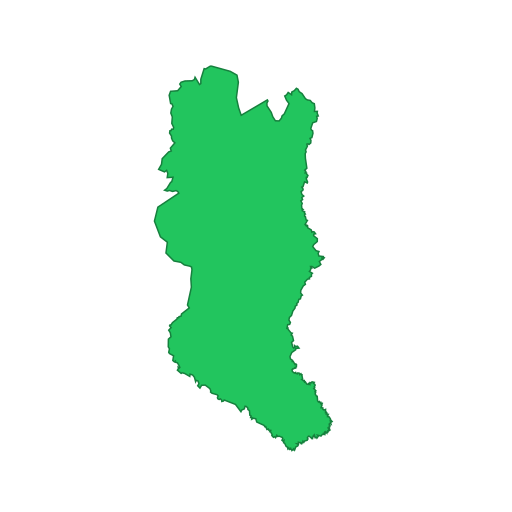 Asante Akim South, Ashanti, Ghana, rotated 332°
{"feature_id": "2480657B39079904074923", "entity_name": "Asante Akim South", "entity_type": "district", "adm_level": 2, "iso_a3": "GHA", "parent_name": "Ghana", "parent_adm1": "Ashanti", "projection": "robinson", "projection_center": [-1.081, 6.462], "detail": "fine", "context": "isolated", "style": "filled", "palette": "green", "viewbox_px": 512, "rotation_deg": 332, "n_neighbors": 0, "source": "geoboundaries", "source_scale": "gbopen_adm2", "svg_char_len": 6144}
<svg xmlns="http://www.w3.org/2000/svg" viewBox="0 0 512 512"><g transform="rotate(332 256 256)"><path d="M339.3,123.5L309.0,124.8L310.2,117.1L313.0,107.0L322.0,94.3L324.1,87.4L319.9,80.8L305.9,67.5L304.7,66.9L299.3,67.2L298.2,66.2L290.3,74.0L288.2,77.9L286.6,78.1L286.1,69.6L284.4,71.3L281.9,71.3L275.4,68.1L271.4,67.4L269.4,68.4L269.5,71.3L264.4,73.3L257.9,70.5L254.8,73.3L252.2,81.3L253.2,82.2L253.0,84.9L250.3,86.7L247.9,89.8L247.4,93.9L243.9,99.4L243.7,103.8L242.4,105.2L241.0,104.4L239.9,105.4L238.8,105.0L237.4,106.9L237.7,110.4L236.8,112.2L236.5,115.2L237.5,118.0L231.0,120.6L230.5,123.5L227.8,123.1L218.9,126.0L215.6,130.7L210.7,133.8L214.7,138.8L217.3,138.4L216.9,141.7L214.4,145.1L219.7,147.5L216.4,150.9L215.2,150.9L208.9,154.6L206.2,155.0L208.1,157.0L210.4,157.5L212.6,159.8L216.1,160.7L217.2,162.3L217.3,164.3L192.3,166.8L182.7,177.5L180.6,194.2L184.2,202.2L177.9,211.1L181.2,221.9L186.7,226.3L188.5,230.2L192.9,234.0L193.9,235.5L193.0,238.1L187.8,245.5L184.3,253.2L172.5,267.1L172.7,270.5L163.0,272.2L161.7,273.9L159.5,273.4L158.7,274.2L157.5,273.6L156.5,274.6L151.0,275.6L148.5,277.0L147.7,276.5L146.9,277.1L147.4,279.4L144.1,280.5L144.3,283.5L143.0,287.4L139.6,288.3L135.9,295.0L136.0,297.3L133.7,300.1L133.8,301.5L136.4,305.4L133.5,309.2L134.2,311.1L135.5,310.9L135.0,312.0L136.5,313.4L136.6,317.3L136.4,318.7L135.6,318.9L135.1,317.7L134.6,319.0L133.0,319.9L134.8,324.5L135.9,324.4L137.8,326.1L141.0,331.2L142.3,329.3L144.2,331.3L144.7,334.1L143.7,338.6L144.8,337.7L146.1,339.1L145.7,341.9L143.6,343.2L144.5,346.3L147.3,344.6L150.6,346.2L153.0,351.4L152.8,353.8L152.0,354.8L152.7,356.5L156.6,360.3L156.9,361.8L155.6,362.7L155.2,364.0L156.1,365.4L157.5,365.4L158.0,366.9L157.5,368.4L159.2,368.8L160.3,368.2L168.2,377.4L169.6,386.4L171.1,385.3L173.9,385.5L175.8,383.5L176.7,384.2L177.4,386.2L176.8,387.8L177.6,389.4L175.8,393.8L176.6,395.1L175.4,396.1L176.6,397.0L175.7,398.1L177.6,398.1L179.4,399.6L178.7,402.9L183.5,409.2L183.8,411.2L184.5,411.2L184.2,414.3L185.6,414.5L185.4,415.6L187.1,416.9L185.7,417.6L186.4,418.4L186.3,421.6L185.7,422.0L186.3,424.3L187.7,424.3L188.0,425.6L190.2,424.0L190.4,424.9L189.5,425.1L192.0,426.1L194.1,428.6L193.8,430.0L192.4,430.8L192.9,432.1L194.1,432.0L192.7,433.8L193.4,434.9L193.2,438.3L194.1,439.6L193.6,441.3L194.8,440.9L194.7,442.3L195.9,442.1L195.4,442.8L196.6,443.3L196.4,444.6L197.9,444.2L198.4,445.2L198.8,444.2L199.3,445.2L201.4,443.3L203.7,443.3L204.8,442.5L204.1,441.1L205.2,441.8L206.0,440.3L207.6,442.0L207.9,443.7L208.1,442.4L208.5,443.1L210.5,441.5L210.7,443.0L212.0,442.2L214.7,442.7L216.0,441.9L215.9,440.7L217.7,439.7L218.6,440.4L219.7,443.7L220.2,443.8L220.5,442.5L221.9,442.6L221.9,441.8L223.5,441.2L222.9,444.3L224.3,444.4L224.3,445.4L226.5,444.3L226.3,443.2L228.9,445.5L231.0,444.6L232.7,445.8L232.7,444.5L233.3,444.9L233.8,444.1L234.0,444.9L234.9,444.0L235.4,445.7L236.0,444.9L236.6,445.3L237.6,443.5L237.4,444.7L238.7,444.5L238.9,442.4L239.7,443.6L240.0,441.3L240.9,441.5L241.8,440.4L241.3,439.7L241.8,438.7L242.8,438.6L243.3,439.5L243.6,438.0L245.5,437.9L245.2,436.8L244.6,437.2L244.1,436.4L245.2,435.1L245.1,432.5L243.9,431.5L244.5,431.3L244.3,430.1L245.4,429.7L243.9,428.5L244.9,427.9L244.8,426.9L243.9,426.8L245.4,424.1L243.8,423.9L243.1,422.9L243.7,421.5L242.2,420.5L244.2,418.7L244.0,418.1L244.9,417.6L244.2,417.0L244.9,416.8L244.1,416.2L244.5,415.5L243.4,415.1L243.6,414.2L242.6,414.2L242.4,412.7L244.2,408.6L243.6,408.3L243.5,405.5L244.6,404.5L244.3,403.6L245.6,403.2L244.8,400.1L246.0,399.9L246.2,398.6L247.3,398.2L247.7,397.1L247.0,395.4L248.1,394.9L246.4,393.4L245.2,393.9L244.3,393.1L243.7,394.0L243.7,393.3L242.6,393.2L242.3,394.2L240.7,393.0L240.5,390.3L239.7,390.2L240.2,388.7L239.4,388.6L238.5,386.5L239.4,386.6L240.5,382.9L241.4,382.3L240.4,382.5L240.4,381.0L238.9,381.3L239.1,379.6L237.7,378.8L237.2,379.4L236.1,378.3L236.3,377.4L234.9,377.4L233.9,375.0L234.5,373.2L235.6,373.2L234.9,372.7L238.2,373.5L238.1,372.8L239.6,372.9L240.8,370.9L240.5,370.0L239.5,370.2L239.4,366.8L238.5,366.2L239.3,365.4L238.1,363.1L238.7,360.8L242.3,358.0L247.0,357.4L247.6,356.3L250.7,357.5L250.3,355.1L248.5,354.5L248.0,353.3L247.4,354.7L246.1,355.0L245.8,353.6L246.8,349.0L249.4,348.3L250.6,343.9L250.0,342.3L251.8,341.2L250.8,340.3L249.9,335.6L250.4,334.6L249.4,334.3L251.7,331.5L253.6,332.2L255.2,330.8L255.0,328.0L256.7,325.9L259.4,325.2L262.7,321.9L266.0,320.3L267.0,318.8L269.2,318.5L269.6,317.0L271.4,316.7L273.4,314.4L275.1,314.7L277.2,312.4L278.6,312.3L278.0,309.7L279.4,307.4L283.7,304.6L286.3,304.2L286.7,302.0L290.6,300.6L292.5,301.3L293.0,300.0L295.4,300.0L296.4,298.1L297.7,297.7L295.9,294.7L297.8,293.8L298.5,292.4L299.4,292.8L299.3,290.9L300.4,291.4L302.1,294.3L306.9,294.4L309.3,293.9L309.3,290.6L312.6,290.0L313.1,289.1L313.5,290.4L315.4,289.6L314.6,288.8L315.2,288.1L311.5,285.5L312.1,282.8L313.7,281.6L311.5,279.5L310.5,274.3L312.4,273.0L316.9,272.0L318.3,269.5L316.4,265.2L317.2,263.8L319.0,264.3L318.7,262.1L317.7,261.2L316.5,261.2L317.0,258.8L314.9,255.4L315.8,253.3L315.2,252.5L314.5,253.0L314.1,251.2L318.1,248.7L317.2,247.6L318.1,244.5L317.6,243.8L318.5,242.0L319.2,242.1L319.0,240.5L319.7,239.9L318.1,237.7L318.7,236.5L319.3,236.8L318.9,235.3L320.1,232.5L321.5,231.3L321.5,228.3L323.6,228.1L323.9,225.8L326.3,225.5L325.4,223.2L326.1,220.2L328.0,220.1L329.0,219.1L328.8,216.7L330.1,216.8L333.7,213.3L335.5,215.6L336.3,214.9L336.6,211.6L337.4,210.2L338.0,210.6L339.7,209.2L339.1,207.7L339.6,206.4L338.4,205.7L339.7,204.7L339.3,203.1L342.1,202.4L345.5,192.9L347.5,188.7L349.1,187.6L349.5,185.6L352.9,183.2L353.4,181.1L354.7,181.4L355.1,182.4L357.4,181.9L358.8,179.7L358.9,177.5L360.9,177.7L363.9,174.4L364.8,171.9L364.1,171.0L364.2,169.2L368.6,165.0L372.5,165.6L374.6,163.3L375.1,161.1L376.7,161.6L377.1,158.4L378.1,157.1L375.5,155.8L377.5,152.9L379.0,148.9L377.5,147.0L376.9,144.1L374.6,142.3L373.5,140.3L372.9,134.2L371.3,131.2L371.4,128.5L370.4,126.9L367.4,128.0L364.6,128.0L363.1,130.3L361.2,126.7L358.6,128.1L356.5,128.2L356.1,132.7L356.7,136.9L347.7,143.8L344.8,144.5L343.2,146.2L339.8,147.6L336.6,145.7L336.2,140.9L336.9,136.3L336.2,128.6L337.4,126.1L339.3,124.8L339.3,123.5Z" fill="#22c55e" stroke="#15803d" stroke-width="1.5"/></g></svg>